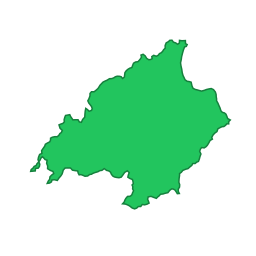 outline of Carandaí, Minas Gerais, Brazil, rotated 172°
{"feature_id": "56859067B53353893378788", "entity_name": "Carandaí", "entity_type": "district", "adm_level": 2, "iso_a3": "BRA", "parent_name": "Brazil", "parent_adm1": "Minas Gerais", "projection": "orthographic", "projection_center": [-43.824, -20.999], "detail": "fine", "context": "isolated", "style": "filled", "palette": "green", "viewbox_px": 256, "rotation_deg": 172, "n_neighbors": 0, "source": "geoboundaries", "source_scale": "gbopen_adm2", "svg_char_len": 3809}
<svg xmlns="http://www.w3.org/2000/svg" viewBox="0 0 256 256"><g transform="rotate(172 128 128)"><path d="M78.3,207.0L79.7,204.6L80.1,201.8L81.8,200.6L83.1,199.0L84.8,197.8L86.5,197.3L87.8,195.9L90.0,195.1L92.4,196.4L94.5,195.4L94.4,193.3L96.0,192.7L97.9,192.7L99.8,194.3L101.0,197.1L102.8,198.9L105.0,198.4L104.8,196.3L106.2,194.6L107.5,193.4L108.9,192.3L111.4,192.3L113.5,191.4L114.6,189.5L115.8,187.3L117.9,187.0L120.0,186.1L121.7,185.0L123.3,183.3L123.9,181.2L124.5,178.9L126.5,177.8L127.6,179.7L129.3,180.4L131.5,180.8L133.4,180.5L135.2,179.6L137.2,179.2L139.5,179.4L141.9,178.3L144.4,177.6L146.4,176.9L147.9,175.7L149.7,174.3L151.0,172.7L152.2,171.3L154.3,169.9L156.5,168.6L159.1,169.0L160.8,167.5L161.2,165.1L162.5,162.6L164.0,160.5L163.3,158.1L162.1,156.1L161.1,154.2L160.7,152.1L161.7,150.5L164.2,150.0L165.5,151.8L167.1,153.3L168.0,150.7L168.7,147.8L169.3,144.8L171.7,142.8L173.4,140.1L175.4,140.8L176.3,143.1L178.8,143.5L181.4,143.7L182.4,145.7L183.3,147.5L183.8,149.3L185.9,149.2L188.1,149.1L189.1,147.4L190.1,145.1L190.2,142.9L191.9,141.6L194.2,141.2L195.9,140.7L195.3,137.1L193.4,134.8L194.6,132.8L196.2,132.0L197.5,130.4L199.3,129.2L201.6,129.6L204.3,129.4L206.1,128.7L206.4,126.8L207.4,125.2L210.0,124.3L212.1,123.4L213.0,121.6L214.6,119.9L216.7,117.6L216.8,114.8L219.2,114.1L220.7,111.5L221.5,109.2L221.0,106.9L219.6,108.4L218.4,110.3L216.8,111.5L215.5,109.9L214.5,108.3L212.6,107.3L213.5,104.3L212.8,101.6L213.3,98.9L210.8,96.8L208.3,95.4L207.9,93.2L210.0,92.1L212.0,90.6L212.8,88.0L214.3,86.6L215.7,84.4L213.2,84.4L211.3,85.3L210.6,87.1L208.0,87.0L205.3,85.9L203.3,88.1L201.4,89.7L199.7,91.6L198.8,93.4L198.0,95.3L195.9,97.1L193.1,96.8L190.5,96.4L188.9,94.0L186.2,93.1L183.8,92.5L183.6,90.3L182.9,88.4L181.1,88.4L179.5,87.6L177.3,86.2L174.6,86.1L172.4,87.3L170.6,87.3L169.0,88.0L166.7,88.5L163.8,88.9L161.9,89.7L159.7,89.7L157.2,91.1L155.1,89.0L153.2,88.3L151.5,86.8L150.8,84.3L149.6,82.4L148.2,81.4L146.1,80.6L143.8,80.0L141.5,80.3L139.4,82.4L137.5,84.5L134.6,85.7L133.0,83.6L134.2,81.5L135.0,79.3L133.1,77.7L130.8,76.4L130.5,74.3L130.5,72.1L131.9,71.0L131.4,69.1L131.9,67.1L131.2,65.1L132.5,63.2L133.4,61.4L135.2,60.1L138.0,60.3L139.9,58.6L141.0,57.2L142.1,55.2L143.9,53.7L141.1,53.0L139.4,52.1L137.4,50.7L135.0,48.2L132.7,47.0L130.5,47.5L128.7,48.8L126.3,48.5L124.5,50.3L122.3,49.6L119.8,49.9L117.6,50.7L117.9,52.4L118.5,54.7L117.6,57.0L114.7,57.1L112.0,55.6L109.7,54.4L108.2,55.6L106.6,56.5L105.0,57.9L102.5,57.8L100.3,58.2L97.5,58.4L95.3,60.5L93.3,61.6L91.6,61.2L90.1,60.0L89.1,58.0L88.3,56.1L86.3,56.0L87.0,58.2L86.7,60.5L85.2,62.3L84.7,64.7L85.2,67.2L84.5,70.6L83.6,73.7L83.3,75.7L81.4,76.7L79.6,78.4L76.4,79.2L74.3,79.4L72.2,80.8L70.0,82.1L68.9,83.8L66.5,83.5L64.8,84.6L62.9,85.1L61.6,87.5L60.7,89.7L59.4,92.1L60.3,95.0L59.1,97.2L57.8,98.4L55.3,97.7L53.2,98.7L51.7,100.0L50.0,102.1L48.4,104.3L46.0,105.2L46.4,107.0L44.7,109.3L42.7,110.9L40.4,112.1L39.1,114.7L37.0,115.5L34.8,116.2L32.9,116.1L31.0,117.1L29.6,118.4L27.7,118.1L27.4,120.3L25.6,121.7L28.0,123.5L28.5,125.9L29.1,128.1L30.4,129.5L32.4,130.4L33.6,132.1L34.1,135.1L34.9,137.8L35.5,140.1L36.5,142.6L36.2,144.7L36.3,146.5L36.1,149.0L36.5,151.5L38.0,154.1L40.1,155.5L42.7,155.4L44.9,155.2L47.0,154.7L50.0,154.3L52.4,155.3L54.4,156.2L56.2,156.9L58.1,158.3L58.8,160.9L59.1,164.6L61.0,165.5L62.9,166.0L64.8,167.8L65.5,170.2L66.2,172.3L66.6,175.3L66.6,178.7L66.9,182.2L66.9,185.2L65.7,188.5L65.0,191.1L64.3,192.8L63.4,195.0L62.2,197.7L60.7,200.4L58.9,200.7L57.8,202.4L59.3,203.5L59.0,206.6L62.5,206.9L64.8,207.6L65.3,205.0L67.2,204.0L68.9,205.6L71.1,206.7L72.2,208.8L74.5,209.0L75.9,207.9L78.3,207.0ZM221.0,106.9L223.1,105.3L224.2,103.6L226.2,103.1L227.8,101.4L229.6,100.4L230.4,98.6L228.1,98.5L225.8,98.4L225.2,100.9L222.6,100.7L221.1,102.2L220.4,104.4L221.0,106.9Z" fill="#22c55e" stroke="#15803d" stroke-width="1.5"/></g></svg>